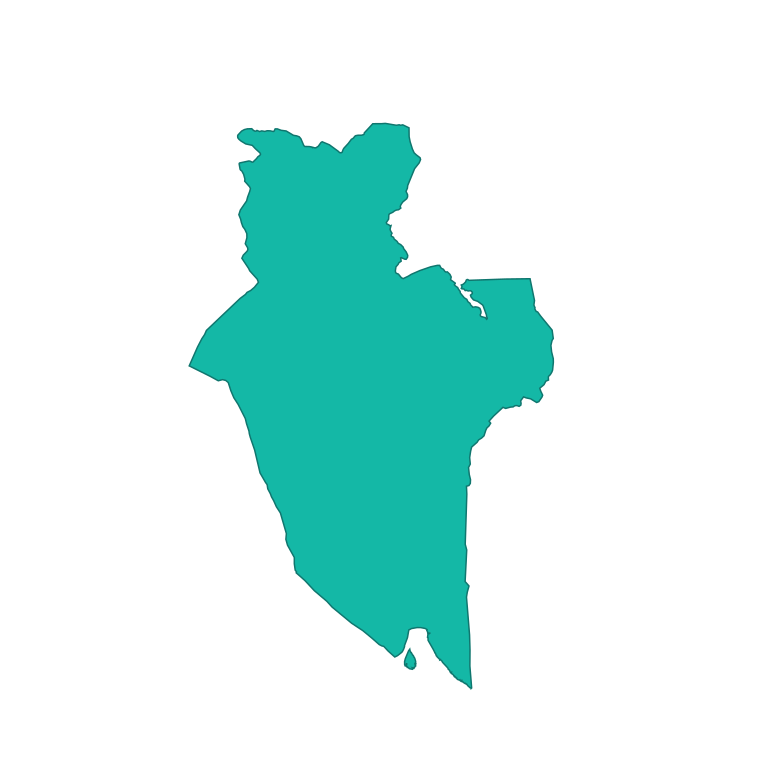 the district of Labuhan Batu Utara, Sumatera Utara, Indonesia, rotated 137°
{"feature_id": "22746128B7095356521044", "entity_name": "Labuhan Batu Utara", "entity_type": "district", "adm_level": 2, "iso_a3": "IDN", "parent_name": "Indonesia", "parent_adm1": "Sumatera Utara", "projection": "natural_earth1", "projection_center": [99.755, 2.426], "detail": "fine", "context": "isolated", "style": "filled", "palette": "teal", "viewbox_px": 768, "rotation_deg": 137, "n_neighbors": 0, "source": "geoboundaries", "source_scale": "gbopen_adm2", "svg_char_len": 6172}
<svg xmlns="http://www.w3.org/2000/svg" viewBox="0 0 768 768"><g transform="rotate(137 384 384)"><path d="M229.2,301.8L224.3,308.7L223.1,327.0L222.5,331.9L223.2,333.2L222.5,336.1L221.5,336.8L220.7,339.2L220.2,339.8L217.0,342.4L205.4,361.4L223.7,378.0L251.2,401.9L251.4,403.1L251.9,403.7L252.9,403.9L254.7,403.0L256.8,402.9L257.9,402.9L260.0,403.7L260.6,401.9L262.3,401.2L262.1,400.4L260.8,399.1L260.9,396.9L259.8,396.3L259.0,394.6L257.4,393.5L256.9,392.6L256.8,391.5L257.1,390.6L257.8,389.9L260.2,390.0L261.0,388.2L261.2,384.5L259.1,380.5L258.0,374.7L258.2,373.5L262.0,364.6L262.9,363.5L263.4,362.0L263.9,361.4L264.8,361.3L264.7,363.5L266.8,366.9L267.0,368.0L266.5,369.0L265.0,369.6L263.9,370.5L262.8,372.5L262.3,374.0L262.9,375.9L264.3,377.9L266.8,379.7L266.6,380.6L266.7,382.6L266.1,384.3L266.5,387.1L265.7,389.4L266.5,392.3L266.1,398.5L265.2,399.8L264.8,403.0L264.3,404.3L264.9,407.0L264.9,408.3L264.6,408.8L263.4,408.9L263.1,409.3L264.2,414.9L261.9,416.4L261.0,419.2L261.2,422.8L262.4,423.7L262.7,424.8L262.3,427.4L263.0,429.1L263.1,430.3L262.4,432.8L264.1,434.4L270.0,437.9L280.4,442.5L289.2,445.6L292.7,446.3L298.1,448.0L298.8,449.9L298.5,454.6L299.4,456.4L299.5,457.1L299.2,458.1L298.3,459.2L295.4,461.5L292.0,461.9L290.6,462.5L287.7,462.1L285.8,464.9L285.2,464.7L283.7,461.1L282.8,460.1L280.4,460.6L278.9,461.9L277.7,465.5L277.3,469.6L276.6,471.0L276.7,474.5L277.6,477.1L277.2,479.5L277.7,483.1L277.0,484.8L277.8,487.1L277.0,488.2L275.3,488.8L274.9,491.1L274.0,493.1L270.8,495.1L271.8,495.6L271.9,497.1L272.8,499.2L272.2,500.5L268.2,501.4L265.0,504.5L263.9,504.7L260.5,503.6L258.1,503.4L256.2,502.7L254.5,501.5L251.7,501.2L251.2,502.6L249.4,503.6L246.2,504.3L241.0,504.0L239.1,504.8L237.7,506.3L236.5,509.9L233.4,511.2L231.3,513.0L214.8,520.6L207.5,521.7L204.2,523.2L203.3,524.9L204.1,529.6L204.3,532.5L203.0,536.4L199.7,543.3L196.9,547.8L191.0,554.3L193.5,560.7L195.4,561.9L196.1,563.2L198.5,564.8L205.3,573.7L208.3,576.1L214.7,582.0L227.1,581.1L228.2,580.3L228.8,580.3L230.8,581.3L233.4,583.7L235.3,584.9L236.4,585.1L238.7,584.7L241.0,585.2L246.0,584.3L252.5,583.8L253.9,583.4L256.7,582.0L257.9,582.5L258.7,583.7L258.7,585.1L260.8,596.2L264.0,603.3L265.4,603.6L269.9,602.7L272.8,603.2L273.8,604.2L274.7,605.8L275.1,605.7L275.4,606.9L276.8,608.7L280.0,611.8L280.0,613.2L277.5,620.1L277.4,622.6L278.6,625.0L280.6,627.6L283.0,635.8L286.2,639.7L288.0,643.3L289.6,644.8L292.0,643.9L292.8,644.2L294.6,646.8L296.7,648.9L298.9,650.0L300.8,652.5L302.8,653.5L304.0,656.1L305.3,656.3L306.1,657.3L306.5,658.6L306.6,660.9L309.9,663.8L312.6,665.3L315.7,666.1L321.1,665.7L321.9,665.2L323.0,663.8L323.2,661.9L322.9,659.3L321.4,653.9L317.6,648.4L317.6,643.7L317.1,637.7L317.5,636.3L318.9,635.9L321.3,636.2L323.5,635.8L328.6,635.7L329.1,636.1L330.0,638.4L330.9,639.4L338.8,644.1L339.4,644.1L340.0,643.5L342.8,639.2L343.0,638.3L342.7,636.8L343.7,633.0L346.0,628.7L347.6,627.3L347.8,619.9L348.4,618.0L350.9,616.4L356.3,613.7L359.6,611.6L370.4,609.2L374.7,606.8L376.4,602.4L378.2,599.3L379.9,595.4L380.3,592.0L381.8,587.5L384.5,584.5L389.8,581.2L390.8,576.7L391.8,575.2L393.5,574.5L399.1,574.2L402.2,572.9L404.2,560.8L405.0,558.4L405.2,547.2L406.5,544.0L412.8,543.1L417.7,543.3L421.7,544.4L424.3,544.0L430.7,544.7L477.3,544.3L481.5,542.5L486.2,541.4L495.2,538.2L514.1,530.1L505.9,508.2L503.0,499.4L499.1,497.3L497.3,494.5L496.9,491.3L500.6,483.5L503.2,476.3L504.6,468.5L509.0,453.3L511.7,448.5L514.9,441.6L516.4,439.5L518.1,436.3L523.6,424.0L535.3,403.5L537.8,392.7L538.1,390.1L540.5,386.6L542.0,381.1L543.2,378.3L544.3,373.8L546.4,367.7L547.7,360.4L557.4,341.2L561.7,337.3L564.5,331.9L567.9,318.3L572.2,313.7L575.9,308.4L576.1,306.3L577.0,305.8L575.9,294.3L575.9,280.3L574.0,264.1L574.1,256.1L570.8,230.9L567.7,218.1L566.2,206.7L565.2,196.7L564.2,193.9L563.1,192.3L563.1,185.9L562.3,177.0L559.4,176.1L554.9,175.7L553.3,175.7L550.7,176.6L548.1,177.9L547.4,178.7L539.8,182.5L533.6,187.2L530.7,186.4L525.9,183.3L523.2,180.7L520.6,177.1L520.0,175.0L520.7,174.7L521.2,173.0L522.1,171.7L521.0,171.3L520.5,170.5L521.0,170.4L521.9,171.0L522.8,170.8L525.0,169.0L524.8,168.5L526.6,166.4L529.0,156.2L529.8,153.4L530.2,152.8L530.0,152.1L531.1,149.5L530.9,149.1L531.2,148.4L531.1,144.8L530.7,144.2L531.1,144.0L530.8,143.9L530.6,141.4L530.9,141.0L531.0,139.7L531.0,133.6L531.1,132.3L531.6,131.5L531.3,130.2L532.1,127.8L531.5,127.4L531.9,127.3L531.7,126.9L532.0,126.8L531.9,126.2L532.1,126.1L531.6,124.4L532.0,122.9L531.8,122.6L532.0,122.1L531.7,122.1L531.9,121.4L531.5,121.0L531.8,119.8L531.4,119.4L531.7,118.9L531.7,117.8L530.8,116.0L530.2,115.9L530.6,114.9L530.4,114.0L529.5,114.1L530.0,113.4L529.9,113.0L529.5,113.1L529.3,110.6L529.0,109.9L528.7,110.1L528.9,109.8L528.5,109.5L528.6,108.4L528.2,108.1L528.5,106.4L528.2,102.9L527.5,102.1L527.7,101.9L527.2,101.9L513.5,119.2L502.6,130.7L492.5,142.2L469.0,171.9L465.0,175.0L459.6,178.3L459.4,184.2L436.7,206.2L433.9,211.4L398.6,246.9L393.4,253.0L391.1,251.8L388.7,252.4L386.0,255.0L383.4,259.6L379.1,265.3L375.5,266.6L371.5,271.8L366.3,275.9L362.9,278.1L355.6,277.9L353.0,278.6L349.5,277.9L346.2,277.9L341.0,280.8L338.7,281.7L335.8,281.7L332.7,282.6L332.5,285.2L325.7,285.8L312.9,285.8L311.7,283.2L307.2,280.8L305.2,279.2L303.2,278.9L301.5,277.6L300.4,275.5L298.4,275.2L297.0,276.3L295.5,278.5L290.7,279.4L289.5,276.9L286.9,273.2L285.0,266.4L282.8,265.5L277.4,266.7L275.6,267.6L274.3,271.7L273.0,274.7L267.4,274.4L263.7,275.7L261.0,274.7L259.0,277.1L258.0,277.4L256.1,277.4L253.2,278.2L251.2,279.2L245.3,284.4L242.9,287.1L239.5,293.2L235.6,298.4L231.3,301.3L229.2,301.8ZM555.9,155.7L553.5,156.3L552.7,156.9L553.0,157.0L552.7,157.5L552.6,157.0L551.8,157.5L552.1,157.7L552.3,157.4L552.3,157.6L551.3,158.7L550.8,159.0L551.4,158.1L550.0,159.6L548.5,162.6L548.3,164.2L548.0,164.5L547.8,165.7L548.0,166.0L547.6,167.0L547.6,168.1L547.2,168.8L547.5,169.4L547.3,169.5L546.9,171.1L546.0,172.5L548.0,172.1L555.7,168.6L558.2,167.0L560.2,164.8L561.0,162.9L560.3,163.8L560.3,162.7L557.8,164.4L558.4,163.6L560.1,162.4L559.8,161.4L560.2,160.7L559.7,160.3L559.6,158.5L557.8,156.0L557.3,156.1L557.1,156.6L557.1,156.0L556.5,155.7L556.8,156.0L556.6,156.0L556.6,156.7L556.3,156.2L556.0,156.3L555.9,155.7Z" fill="#14b8a6" stroke="#0f766e" stroke-width="1.5"/></g></svg>